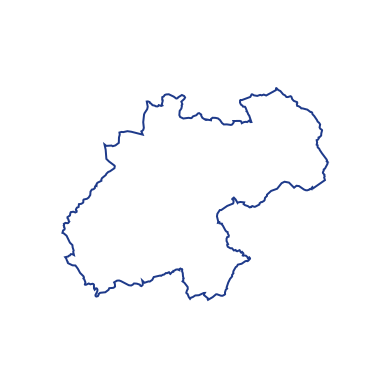 Susticacán, Zacatecas, Mexico (Robinson projection), rotated 316°
{"feature_id": "50627088B6300678420258", "entity_name": "Susticacán", "entity_type": "district", "adm_level": 2, "iso_a3": "MEX", "parent_name": "Mexico", "parent_adm1": "Zacatecas", "projection": "robinson", "projection_center": [-103.193, 22.63], "detail": "fine", "context": "isolated", "style": "outline", "palette": "blue", "viewbox_px": 384, "rotation_deg": 316, "n_neighbors": 0, "source": "geoboundaries", "source_scale": "gbopen_adm2", "svg_char_len": 6050}
<svg xmlns="http://www.w3.org/2000/svg" viewBox="0 0 384 384"><g transform="rotate(316 192 192)"><path d="M55.0,178.3L53.8,178.8L53.9,179.8L52.6,182.9L50.7,184.1L50.7,184.5L51.4,185.1L54.2,186.1L54.8,187.8L56.7,188.9L57.1,189.7L57.1,190.5L54.5,193.3L54.1,194.7L56.1,194.6L56.5,195.3L56.4,196.0L56.0,196.8L54.8,197.7L50.9,199.1L50.4,199.9L50.5,200.7L51.9,201.5L53.5,201.0L53.9,200.5L55.9,200.7L60.0,203.9L64.0,204.4L65.7,203.7L68.7,206.2L70.0,206.6L71.0,206.5L72.7,204.5L73.2,202.9L76.6,203.7L78.2,205.2L79.0,206.8L81.8,215.2L83.3,217.0L85.0,217.5L86.7,217.5L87.5,218.3L88.7,219.7L90.1,222.4L89.8,223.7L90.3,224.6L91.9,224.6L93.4,223.4L94.7,221.2L94.8,224.3L98.6,226.1L99.4,227.1L102.4,227.6L105.4,226.6L110.6,229.7L111.3,230.2L111.5,230.8L113.6,231.3L114.3,231.9L117.0,232.2L117.6,233.0L119.7,233.7L119.4,235.1L119.5,235.9L121.8,235.7L123.1,236.4L123.8,235.8L124.2,236.2L126.6,236.7L127.8,237.6L128.6,239.5L129.3,238.7L130.5,239.0L130.9,240.3L131.2,240.5L131.1,241.0L129.9,242.0L129.0,243.9L126.8,246.6L126.0,248.3L125.5,248.2L124.5,249.4L123.1,249.7L123.5,251.9L122.9,257.3L121.5,258.9L120.0,259.3L117.9,260.5L117.7,261.1L118.0,262.2L116.7,265.4L116.4,267.5L117.9,267.3L119.5,268.1L122.5,268.7L125.2,271.0L130.3,272.8L131.1,273.5L129.7,273.9L129.0,274.5L129.6,279.9L128.8,280.1L128.6,280.7L133.9,282.0L138.2,282.3L138.9,282.9L140.9,286.9L142.0,287.9L144.1,288.5L144.8,288.5L146.0,287.1L148.6,285.7L150.2,285.9L150.6,284.7L155.2,282.3L159.1,280.9L162.2,280.6L163.2,279.5L165.4,279.2L165.8,278.4L167.1,277.6L171.3,276.4L172.5,276.7L174.5,276.1L177.9,278.1L182.2,278.8L183.3,279.4L183.9,280.3L184.7,280.5L187.4,280.3L187.7,280.0L187.8,278.9L186.1,278.9L186.1,278.5L186.7,277.7L186.5,275.2L185.1,273.4L184.6,273.4L184.4,272.9L186.2,272.0L186.4,271.5L186.4,269.9L185.3,269.9L185.2,269.3L185.8,266.9L183.3,266.0L182.9,265.0L183.1,264.0L181.5,263.1L181.7,260.3L180.5,259.1L179.7,256.2L180.5,254.5L181.1,254.2L181.7,254.5L182.8,251.3L184.4,249.6L186.0,248.9L187.2,249.6L188.3,248.8L188.9,246.8L189.8,245.5L189.3,244.5L189.3,243.0L190.9,237.4L190.9,235.7L191.4,235.5L190.0,233.6L190.7,232.7L189.4,232.1L190.4,231.4L193.0,226.9L195.1,225.3L199.4,224.3L200.5,225.3L207.7,226.5L213.4,228.8L214.2,228.6L215.5,227.5L216.1,226.6L215.9,225.2L216.3,224.9L218.2,225.1L218.2,227.6L217.2,231.5L217.7,231.4L219.9,232.8L222.3,235.7L220.7,236.5L221.0,238.3L222.4,241.0L222.8,243.1L224.0,243.9L224.2,243.6L225.6,244.0L226.6,246.0L227.3,246.5L231.7,247.8L232.8,247.1L234.8,247.3L235.4,247.9L237.6,248.4L238.5,248.3L240.6,246.9L243.2,246.9L244.1,246.0L249.7,246.2L255.5,248.8L262.6,247.9L265.7,248.9L268.3,252.6L268.4,259.8L271.5,260.1L273.1,262.1L274.3,268.1L275.1,269.8L276.0,270.8L277.8,271.7L278.6,271.6L279.9,273.0L280.3,272.3L282.0,272.1L281.8,273.5L295.9,275.8L297.2,273.3L298.3,272.9L298.7,271.9L299.2,271.7L299.4,269.3L299.8,268.8L301.8,268.0L302.4,267.3L304.0,267.5L309.2,265.8L310.0,264.6L310.4,264.7L310.3,263.5L310.8,263.5L311.4,262.2L312.4,254.2L313.1,250.5L313.6,249.1L313.4,247.3L314.4,245.9L314.8,245.7L314.5,244.6L316.3,243.4L317.7,241.3L318.8,241.8L320.5,241.5L320.9,240.7L322.4,241.2L324.1,241.1L325.8,239.6L328.4,238.0L328.6,237.5L328.2,235.6L328.6,234.2L331.1,232.4L331.5,230.5L331.3,228.5L331.8,227.4L332.7,222.2L332.7,219.8L333.6,218.3L333.2,217.0L332.8,216.8L332.2,212.9L329.7,208.8L328.7,207.8L328.8,206.5L328.3,204.4L327.5,203.1L328.5,201.5L329.5,201.2L330.0,200.4L328.5,197.1L328.6,194.8L329.6,192.7L329.6,192.0L329.4,191.5L326.9,190.3L325.9,189.2L326.1,187.2L325.4,185.1L325.7,180.8L324.9,178.6L324.9,176.0L324.5,175.8L323.1,177.0L312.4,174.1L311.3,171.8L309.3,170.9L308.5,169.5L305.7,168.2L303.7,165.5L303.3,163.8L302.7,163.2L300.0,164.1L291.7,160.5L290.8,159.5L290.1,159.6L288.6,161.1L287.9,163.2L288.3,164.8L288.0,166.0L289.3,167.5L289.1,168.6L287.7,171.9L287.3,171.9L287.3,173.1L286.4,175.2L286.2,176.8L283.3,182.9L282.6,182.3L283.0,180.4L280.2,180.0L279.5,178.9L277.7,177.7L275.6,177.1L276.4,175.4L275.8,174.1L271.1,169.7L270.7,170.7L269.6,171.1L267.6,171.3L266.6,170.8L264.0,167.5L261.8,165.5L261.5,163.2L262.1,159.8L261.8,157.1L260.4,155.0L258.4,152.9L256.4,152.7L255.5,153.6L252.3,149.2L252.1,149.8L251.9,149.6L251.9,148.3L251.7,149.0L251.0,145.8L251.7,143.4L252.4,142.7L251.9,140.2L250.7,139.6L248.5,139.8L245.3,138.3L243.2,138.5L242.6,138.2L241.0,136.2L236.8,133.1L235.6,129.8L236.3,127.9L239.5,125.1L242.3,124.6L244.5,123.1L244.8,122.4L246.1,122.1L247.1,119.6L251.1,119.7L252.7,119.2L253.0,117.5L252.1,115.2L247.8,114.3L246.7,114.5L245.6,113.8L245.1,110.7L243.2,105.6L241.2,103.9L239.8,103.3L237.9,103.6L236.5,103.1L234.6,105.0L234.8,105.4L234.4,106.0L231.0,108.1L230.8,109.2L229.6,108.7L228.4,106.4L227.3,106.7L226.4,106.3L225.4,105.0L225.2,104.0L223.9,102.1L224.0,100.1L223.6,99.0L224.0,98.2L223.9,97.6L223.2,96.2L222.3,95.5L219.4,99.9L217.3,101.3L212.8,102.3L211.4,102.9L205.4,107.9L201.9,112.4L200.2,113.4L198.8,113.5L197.7,113.2L196.4,116.5L190.2,106.5L187.8,103.4L184.2,101.2L183.0,99.8L181.1,98.8L179.8,100.6L177.4,102.0L173.5,105.8L169.3,105.3L166.8,104.0L166.4,102.7L162.4,99.3L162.1,97.0L159.2,101.7L153.4,108.7L153.5,112.4L154.6,119.2L154.4,119.8L152.7,121.0L147.3,120.1L145.7,119.4L143.1,119.4L141.7,119.9L137.0,119.5L135.5,120.0L134.6,121.0L130.5,119.7L129.3,119.8L127.5,121.3L127.2,120.5L125.7,120.9L124.8,121.7L123.1,121.6L121.6,120.7L119.3,121.2L116.7,123.5L113.7,124.2L111.7,123.9L108.9,122.2L108.1,122.4L106.8,123.8L105.9,124.0L104.2,123.6L102.2,122.2L100.0,124.0L98.3,123.3L96.4,123.9L96.0,124.3L95.9,125.5L95.2,126.1L93.9,125.7L92.9,123.7L90.8,122.3L89.8,122.7L87.9,124.1L84.9,123.6L84.2,124.5L84.1,125.8L83.3,127.0L83.2,128.0L82.2,128.2L81.4,128.3L80.7,127.9L79.5,126.3L77.7,125.9L77.2,126.8L76.3,127.1L76.1,128.0L75.4,128.6L75.3,129.6L74.8,130.0L74.2,130.4L72.6,130.1L70.4,131.4L71.0,132.5L71.4,136.3L69.0,143.6L69.1,147.1L67.7,148.9L66.2,151.9L65.0,152.5L63.3,155.3L62.8,153.7L61.6,152.5L60.1,152.8L59.1,152.3L58.2,152.4L55.5,150.8L55.3,152.5L54.3,154.7L54.1,155.9L53.6,156.3L53.4,157.1L55.1,161.7L57.1,163.9L56.6,167.8L55.3,172.5L55.4,177.1L55.0,178.3Z" fill="none" stroke="#1e3a8a" stroke-width="2"/></g></svg>